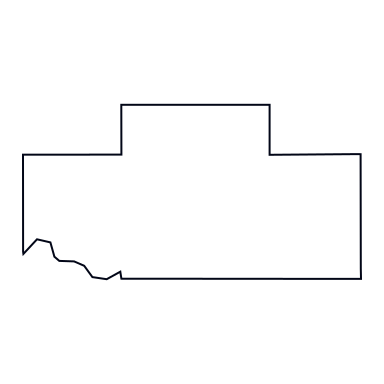 Payne, Oklahoma, United States of America (Natural Earth projection)
{"feature_id": "52423323B99692802996111", "entity_name": "Payne", "entity_type": "district", "adm_level": 2, "iso_a3": "USA", "parent_name": "United States of America", "parent_adm1": "Oklahoma", "projection": "natural_earth1", "projection_center": [-97.08, 36.094], "detail": "fine", "context": "isolated", "style": "outline", "palette": "ink", "viewbox_px": 384, "rotation_deg": 0, "n_neighbors": 0, "source": "geoboundaries", "source_scale": "gbopen_adm2", "svg_char_len": 393}
<svg xmlns="http://www.w3.org/2000/svg" viewBox="0 0 384 384"><path d="M121.4,278.7L361.0,278.9L360.8,268.8L360.6,154.2L358.3,154.1L269.6,154.8L269.6,104.8L220.7,104.8L121.3,104.8L121.4,154.6L23.0,154.7L23.1,251.6L23.4,253.9L37.0,239.3L50.4,242.4L54.4,256.7L59.3,260.9L74.1,261.4L84.2,265.8L92.4,277.1L106.7,279.2L120.3,271.7L121.4,278.7Z" fill="none" stroke="#020617" stroke-width="2"/></svg>